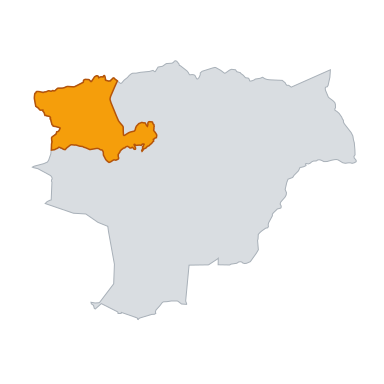 location of Potosí within Bolivia, rotated 93°
{"feature_id": "BOL-1939", "entity_name": "Potosí", "entity_type": "Department", "adm_level": 1, "iso_a3": "BOL", "parent_name": "Bolivia", "parent_adm1": "", "projection": "robinson", "projection_center": [-66.321, -20.376], "detail": "fine", "context": "in_parent", "style": "filled", "palette": "amber", "viewbox_px": 384, "rotation_deg": 93, "n_neighbors": 0, "source": "natural_earth", "source_scale": "10m", "svg_char_len": 9037}
<svg xmlns="http://www.w3.org/2000/svg" viewBox="0 0 384 384"><g transform="rotate(93 192 192)"><path d="M65.1,224.4L64.4,218.7L63.5,217.3L62.2,216.4L61.8,215.3L62.2,214.1L64.8,211.7L66.2,211.3L66.6,210.1L71.3,203.4L72.7,202.1L74.4,201.1L75.1,200.3L74.7,197.9L74.9,196.2L75.4,195.2L78.6,193.3L78.9,192.8L78.8,192.2L77.4,191.0L74.5,189.9L72.7,190.0L70.9,188.2L67.1,178.0L66.4,175.7L66.5,174.8L69.0,169.7L71.7,165.7L71.4,164.8L68.3,160.9L67.4,159.0L67.7,154.9L69.5,153.6L70.3,150.0L71.1,149.4L72.8,146.8L75.1,144.6L75.3,141.8L76.0,141.0L78.0,140.2L78.2,139.4L77.7,137.6L76.7,135.6L75.9,134.7L74.9,129.9L73.7,127.5L75.0,125.3L75.7,122.9L75.9,120.1L75.8,107.7L78.1,104.6L79.3,104.0L80.5,102.9L80.4,101.0L82.1,98.4L62.7,60.2L70.2,60.3L78.5,61.7L79.9,62.5L80.2,63.8L81.1,64.4L83.3,64.1L90.1,60.8L91.0,59.7L93.4,56.1L95.2,54.1L97.0,53.4L100.4,53.1L101.4,53.7L102.8,53.6L104.0,51.5L105.8,49.2L109.4,46.4L111.2,45.6L112.4,44.6L114.3,44.4L116.0,43.4L124.3,36.2L127.6,34.3L131.4,33.5L134.4,32.5L141.7,31.5L146.4,31.1L147.9,32.1L149.6,31.8L151.1,30.2L152.3,29.6L153.2,29.7L154.4,31.6L155.0,33.6L154.6,35.2L154.7,37.4L155.3,40.4L154.9,43.0L152.3,47.8L152.0,49.3L152.2,51.2L153.0,54.4L154.5,58.7L154.7,62.0L153.7,64.1L153.2,65.9L153.3,67.5L153.6,68.5L154.3,69.1L154.6,70.4L154.7,72.2L155.6,74.0L157.2,75.7L157.9,77.3L157.6,78.9L157.7,79.8L158.1,80.2L159.2,79.5L159.7,79.6L160.9,81.8L161.6,84.0L161.8,85.4L165.3,86.8L170.0,91.0L172.2,92.2L174.2,96.8L177.7,97.9L184.6,99.1L187.8,97.6L190.0,97.8L192.2,98.8L197.3,102.8L199.4,103.4L200.9,102.4L202.3,102.1L203.4,102.5L204.5,105.9L208.4,109.5L209.9,110.6L211.6,110.5L218.8,113.9L220.7,114.2L222.6,113.9L223.8,114.6L224.3,116.6L227.5,120.6L229.1,122.2L230.9,123.6L235.5,123.6L236.9,124.0L246.2,122.7L249.7,124.5L258.5,130.1L260.3,133.7L260.7,135.7L260.2,137.7L259.4,138.5L259.1,139.8L259.4,141.7L260.8,143.5L262.0,149.3L262.9,150.5L263.3,162.1L256.7,162.3L257.8,163.4L263.9,171.7L265.2,191.1L300.4,192.6L301.3,192.6L303.9,191.5L304.5,191.5L304.4,196.6L301.7,200.5L301.6,201.8L301.9,206.9L302.8,211.1L303.2,214.9L304.2,216.1L307.2,218.1L311.8,221.8L313.6,222.3L315.2,221.8L316.1,223.3L316.3,225.7L320.3,236.8L321.0,238.3L322.2,239.1L322.0,239.6L321.0,239.8L320.5,240.6L315.9,256.3L317.0,256.4L317.2,259.5L315.9,259.7L315.4,260.4L308.2,276.7L313.9,282.5L313.3,283.5L310.4,284.4L308.9,286.7L307.4,287.1L307.9,283.0L307.5,279.4L307.1,278.5L287.8,265.4L268.2,265.7L235.9,273.3L230.7,274.3L227.2,284.4L219.5,296.9L219.4,309.3L211.2,338.0L209.2,336.2L207.7,333.5L207.3,332.2L207.1,332.2L189.4,332.4L188.6,332.9L187.3,332.9L186.4,332.4L185.5,332.4L184.2,333.0L183.0,334.1L176.8,347.1L175.9,351.9L175.5,352.7L174.5,351.0L171.4,341.4L169.6,337.9L167.6,336.8L161.4,335.0L150.2,334.6L146.6,335.0L144.8,334.7L142.9,332.8L138.7,329.3L137.9,328.2L136.2,327.5L135.3,327.4L134.7,328.1L133.1,333.6L132.2,335.1L126.4,337.3L124.8,337.6L124.0,338.9L123.6,340.7L122.9,342.4L118.9,344.8L118.0,345.9L117.5,348.3L114.6,352.5L106.4,354.2L103.7,354.2L101.8,353.9L100.0,352.5L99.8,350.2L100.1,347.8L99.9,344.4L98.5,340.5L98.6,339.2L98.4,337.3L97.6,333.7L95.7,331.8L95.0,326.2L93.4,322.9L93.1,315.0L88.0,306.4L85.9,305.8L85.4,305.2L85.2,303.9L85.3,300.8L87.0,298.5L81.4,294.3L81.0,293.3L81.1,292.3L82.6,290.7L81.6,288.6L81.7,286.7L81.0,285.9L81.1,285.3L81.7,284.7L84.4,284.1L85.3,282.2L85.3,280.6L84.9,279.5L82.4,276.6L82.3,276.2L87.3,269.1L87.2,268.5L86.7,267.8L83.9,265.7L81.0,262.4L78.8,260.7L77.3,259.0L76.5,257.6L76.2,253.8L75.2,249.9L73.8,240.7L72.6,237.3L73.8,235.5L73.7,235.0L69.0,232.4L68.0,228.1L65.1,224.4Z" fill="#d9dde1" stroke="#a8b0b8" stroke-width="1"/><path d="M84.5,284.4L84.9,284.1L85.0,283.9L85.2,283.0L85.2,282.6L85.6,281.4L85.7,281.1L85.6,280.9L85.5,280.4L85.4,279.7L85.3,279.2L85.0,279.0L84.4,278.7L84.0,278.4L83.3,277.6L82.3,276.8L82.2,276.5L82.2,276.0L82.5,275.5L83.4,274.7L83.7,274.2L84.9,272.3L91.0,274.7L100.8,278.3L102.8,278.7L103.9,278.7L106.8,277.7L120.0,271.5L124.4,269.3L125.3,268.7L126.8,267.4L129.4,264.9L130.3,264.3L130.8,264.1L135.3,263.8L137.9,263.5L138.5,263.4L138.8,263.3L139.0,263.1L139.1,262.9L139.1,262.7L138.7,261.9L137.2,259.9L136.1,258.3L135.3,256.6L134.3,253.2L134.2,252.9L133.9,252.6L133.6,252.3L132.5,251.9L131.1,251.7L129.2,251.0L128.6,250.5L126.8,249.0L126.6,248.8L126.4,248.6L126.3,248.3L125.5,246.5L125.2,246.1L125.2,245.9L125.2,245.6L125.2,245.3L125.4,244.3L125.5,244.0L125.5,243.5L125.4,242.7L125.5,242.4L125.7,242.2L126.2,241.9L126.7,241.6L127.7,241.0L128.3,240.6L128.8,240.0L128.3,239.8L127.9,239.8L127.7,239.8L127.2,239.6L126.4,239.6L125.9,239.7L125.6,239.7L125.3,239.6L124.6,239.3L124.4,239.1L124.2,238.9L124.1,238.6L124.0,238.3L124.0,237.8L124.1,235.5L124.3,235.1L125.7,234.6L126.0,234.4L126.4,234.0L126.6,233.6L128.1,233.3L128.6,233.2L128.9,233.3L129.8,233.4L131.0,233.3L132.1,233.5L132.4,233.5L132.6,233.5L132.8,233.3L134.5,231.8L136.3,230.5L136.5,230.4L137.1,230.2L138.0,230.2L138.7,230.3L139.2,230.4L139.6,230.4L139.7,230.9L140.0,231.5L140.3,232.0L140.6,232.2L140.8,232.3L141.0,232.5L141.3,233.3L141.5,233.4L142.9,233.0L143.4,233.0L143.7,233.6L145.0,234.4L146.4,235.7L146.5,236.1L146.9,236.4L147.7,236.9L148.2,237.6L148.4,238.1L148.7,238.8L149.0,239.1L149.4,239.4L149.7,239.7L150.5,240.3L151.4,242.1L152.1,242.9L152.5,243.0L152.8,243.1L153.0,243.4L153.7,243.8L153.9,243.9L154.0,244.0L153.3,244.4L153.0,244.3L152.5,244.1L150.9,243.5L150.7,243.4L150.4,243.4L149.8,243.7L149.7,243.8L149.5,243.7L149.4,243.7L149.2,243.2L148.9,243.0L148.7,243.0L148.1,243.0L147.7,242.8L147.3,242.7L147.2,242.6L147.2,242.4L146.9,242.3L146.7,242.4L146.6,242.5L146.7,243.6L146.7,243.8L146.7,244.0L146.8,244.1L147.0,244.4L147.1,244.5L147.3,244.6L147.7,244.9L148.0,245.1L148.0,245.5L147.9,246.7L148.0,247.7L148.4,250.4L148.4,250.5L148.1,250.9L147.6,251.4L147.4,251.6L147.4,251.8L147.4,252.1L147.6,252.3L147.9,252.3L150.3,251.0L150.7,250.8L151.6,250.6L151.8,250.6L152.1,250.7L152.2,250.8L152.3,250.9L152.3,251.1L152.4,251.3L152.3,251.6L152.3,251.9L152.0,252.3L151.9,252.5L151.4,252.8L150.6,253.6L150.6,253.8L150.5,254.0L150.6,254.3L150.7,254.5L151.0,254.8L151.2,255.1L151.2,255.4L151.3,255.7L151.3,256.1L151.3,256.3L151.0,256.6L150.8,256.8L149.9,258.4L149.8,258.7L149.8,258.9L150.2,260.1L150.6,260.7L151.2,261.2L151.4,261.3L151.5,261.5L151.6,261.9L151.7,262.5L151.8,262.8L152.1,263.1L152.7,263.6L153.2,264.4L153.4,264.7L154.5,265.4L154.8,265.8L155.1,266.0L156.1,266.2L156.4,266.5L156.8,266.7L158.1,267.5L158.6,267.7L159.0,267.6L159.3,267.5L159.8,267.7L161.5,267.1L162.2,267.0L162.7,267.2L163.1,267.5L163.4,268.0L163.7,268.6L163.8,269.1L164.0,269.2L164.2,269.6L164.2,269.8L164.2,270.0L164.1,270.4L164.0,270.9L164.0,271.4L164.1,271.9L164.3,272.3L166.2,274.9L166.6,275.9L166.8,276.4L165.9,277.9L164.2,279.8L160.1,282.2L159.8,282.4L157.6,282.6L157.1,282.7L156.5,282.8L156.0,283.0L155.6,283.4L155.2,283.8L154.8,284.0L154.7,284.1L154.6,284.7L154.6,284.9L154.7,285.3L154.6,285.7L153.8,287.0L153.7,287.2L153.5,288.0L153.4,288.3L153.5,289.1L153.5,289.6L155.0,296.2L153.4,300.4L153.3,300.8L153.0,302.2L152.8,302.6L152.3,303.6L152.1,306.7L151.2,310.1L151.2,310.7L151.2,311.0L151.3,311.6L151.1,314.2L151.1,314.8L151.1,315.0L151.5,315.9L154.5,319.4L156.3,320.8L156.3,321.6L156.2,321.9L156.2,322.2L155.8,323.2L155.5,323.8L155.3,324.1L155.2,324.2L155.1,324.4L155.0,324.6L155.0,325.3L154.9,325.5L154.6,325.9L154.4,326.3L154.3,327.4L154.5,327.5L154.8,327.8L155.0,328.2L155.2,328.4L155.4,328.6L155.7,329.2L156.2,330.3L156.5,330.7L156.7,331.0L157.0,331.7L157.5,334.6L151.5,334.8L150.4,334.6L148.9,334.4L148.7,334.4L148.5,334.6L148.4,334.7L145.4,335.1L144.7,334.9L144.1,334.4L141.4,330.9L140.9,330.6L139.0,330.3L138.9,330.1L138.6,328.9L137.9,328.2L137.0,327.7L135.2,327.0L134.8,327.2L133.8,331.2L133.6,333.5L133.5,333.9L133.4,334.2L133.0,334.2L132.8,334.3L132.7,334.5L132.4,335.0L131.9,335.4L129.1,336.3L126.6,337.0L126.4,337.5L126.0,337.4L125.5,337.3L125.3,337.2L125.1,337.2L124.8,337.4L124.3,337.8L124.0,338.3L123.9,338.9L123.6,340.7L123.5,341.3L123.2,341.6L123.1,341.8L123.3,342.5L123.3,342.8L123.0,343.0L120.6,343.8L120.1,344.1L119.6,344.6L119.4,344.9L119.1,345.1L118.8,345.2L118.4,345.2L118.0,345.2L118.2,347.5L118.1,348.0L117.9,348.4L116.3,349.8L115.7,350.6L114.6,352.5L107.9,354.1L107.1,354.3L105.6,354.4L102.3,354.2L101.6,353.9L101.5,353.7L101.0,353.0L100.9,353.0L100.1,352.8L99.8,352.4L99.7,351.8L99.7,349.9L100.4,346.2L100.4,345.7L99.8,344.4L99.6,343.1L99.4,342.6L98.6,341.0L98.4,340.5L98.4,340.0L98.8,338.5L98.8,338.0L98.6,337.4L98.0,336.5L97.9,336.2L98.0,336.0L98.2,335.6L98.3,335.3L98.2,334.8L98.0,334.2L97.6,333.7L97.2,333.4L96.1,332.3L95.6,331.8L95.4,331.5L95.3,331.1L95.1,327.1L94.6,325.2L93.3,322.6L93.1,321.7L93.2,315.7L92.9,314.6L88.4,306.7L88.1,306.3L87.6,306.2L86.7,306.2L86.4,306.2L85.5,305.5L85.1,304.5L85.1,301.3L85.2,300.7L85.6,300.2L87.0,298.9L87.0,298.4L86.4,297.8L85.8,297.6L84.8,296.9L82.7,295.7L82.2,295.4L81.7,294.8L81.3,294.1L80.9,293.4L80.9,292.6L81.1,292.0L81.6,291.6L82.8,291.1L81.9,289.5L81.7,288.7L81.7,287.7L81.8,287.0L81.7,286.7L81.0,286.6L80.4,286.1L80.3,285.6L80.7,285.2L83.3,284.4L84.0,284.3L84.3,284.3L84.5,284.4Z" fill="#f59e0b" stroke="#b45309" stroke-width="1.5"/></g></svg>